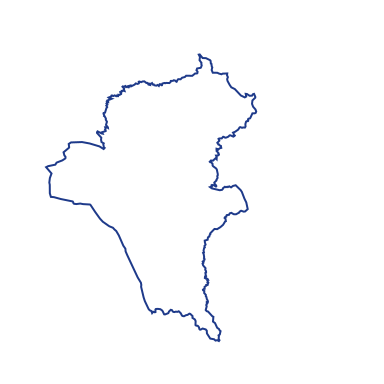 Siakago, Eastern, Kenya (Equal Earth projection), rotated 136°
{"feature_id": "3690345B46140582355746", "entity_name": "Siakago", "entity_type": "district", "adm_level": 2, "iso_a3": "KEN", "parent_name": "Kenya", "parent_adm1": "Eastern", "projection": "equal_earth", "projection_center": [37.759, -0.504], "detail": "fine", "context": "isolated", "style": "outline", "palette": "blue", "viewbox_px": 384, "rotation_deg": 136, "n_neighbors": 0, "source": "geoboundaries", "source_scale": "gbopen_adm2", "svg_char_len": 6077}
<svg xmlns="http://www.w3.org/2000/svg" viewBox="0 0 384 384"><g transform="rotate(136 192 192)"><path d="M279.7,311.2L280.2,302.9L284.5,300.8L288.1,297.9L289.3,296.0L295.2,289.8L296.9,286.5L294.9,284.2L291.2,278.0L284.4,268.1L284.5,267.4L285.1,266.2L285.0,265.4L283.5,263.6L280.4,261.3L278.8,259.0L274.1,253.9L274.0,253.1L275.5,245.0L276.7,236.8L276.8,232.5L275.3,224.8L273.7,221.2L273.8,218.9L273.6,216.6L274.8,211.6L278.7,201.1L279.3,197.5L281.0,195.4L282.4,191.7L290.4,168.3L291.8,162.2L293.0,160.4L294.5,159.1L300.0,149.8L301.7,146.3L304.5,138.0L304.6,136.3L303.9,134.6L304.8,132.6L303.1,132.8L302.3,131.3L301.7,131.0L299.9,132.9L299.2,132.9L297.7,131.6L296.2,129.7L295.8,127.9L295.9,126.6L297.0,123.4L296.5,122.7L293.2,121.3L291.6,122.0L289.1,122.0L288.5,121.0L288.8,119.6L288.7,118.7L288.0,117.8L286.8,117.2L285.7,115.9L284.4,115.4L284.3,112.7L285.0,110.3L285.0,109.5L284.1,108.2L282.0,107.6L280.6,106.7L278.4,106.3L277.9,105.5L277.8,102.4L279.1,101.1L278.5,98.5L278.7,97.6L279.1,96.6L281.9,93.9L281.8,92.9L280.9,91.9L280.8,91.1L281.0,89.8L281.9,88.3L281.9,87.5L281.4,87.0L279.2,86.4L277.6,83.6L277.7,82.0L279.5,79.9L280.7,73.9L278.4,70.7L278.3,68.8L276.8,67.9L276.2,66.1L275.2,66.3L274.7,68.0L272.8,69.6L272.5,70.4L271.0,70.2L268.1,72.1L268.3,73.1L267.8,74.6L268.2,76.9L266.5,81.7L266.9,84.2L263.3,87.4L263.7,88.5L263.5,94.8L264.2,96.1L264.1,97.6L260.9,99.5L260.3,100.8L259.6,100.8L258.0,102.4L257.7,101.5L256.8,101.9L256.1,103.1L255.7,104.7L254.5,106.6L254.5,107.4L253.5,108.4L253.4,110.9L251.9,112.2L252.3,113.6L252.0,114.1L250.7,114.0L250.1,113.6L248.9,115.0L246.7,114.7L246.3,115.2L245.3,114.3L244.2,115.0L243.9,115.9L243.2,115.6L242.5,117.8L241.9,118.4L241.4,117.8L241.2,118.4L241.6,119.9L242.2,120.1L242.5,121.2L241.5,122.0L241.0,121.4L240.4,121.6L240.5,122.3L239.9,122.5L239.0,124.0L238.4,124.6L237.8,124.3L236.9,125.3L236.5,126.9L235.2,127.8L235.0,131.4L234.1,133.2L233.0,133.1L232.6,134.4L231.7,134.0L231.2,134.7L230.0,134.6L229.5,135.1L229.4,136.1L228.5,136.7L226.8,139.1L226.3,140.5L225.4,140.2L224.4,141.8L222.2,143.3L221.3,143.2L220.6,144.5L218.8,144.7L217.8,146.7L216.6,148.2L213.9,146.8L212.3,148.1L211.7,148.3L210.5,147.9L209.5,148.7L208.1,148.9L207.7,149.6L201.5,149.8L199.7,147.8L196.0,147.0L192.4,146.8L188.7,147.8L187.9,147.5L186.5,149.5L186.6,150.7L185.9,151.0L184.5,150.4L183.5,151.2L182.9,151.2L181.3,149.9L179.7,150.4L178.2,149.7L177.4,147.0L175.8,145.4L172.3,144.4L171.5,144.8L169.7,144.4L168.4,141.9L167.3,141.1L163.8,141.0L160.2,146.8L158.9,150.8L156.1,157.4L155.7,159.6L155.9,166.5L158.3,167.9L160.7,168.2L161.3,170.2L162.8,170.6L163.0,171.3L164.3,171.9L164.7,172.9L167.0,173.2L167.6,172.8L168.9,172.7L170.8,174.0L175.2,180.8L175.6,183.0L173.9,182.2L173.3,183.3L172.7,183.2L171.5,181.4L171.0,179.3L170.5,179.3L170.1,179.9L170.0,182.3L169.4,183.3L166.4,183.3L166.0,183.8L163.8,184.4L162.8,185.9L161.9,186.1L161.0,187.0L158.5,191.0L158.3,192.3L158.9,195.8L158.8,196.7L157.6,198.1L157.6,200.3L158.2,200.8L158.2,201.4L156.5,201.5L155.2,200.0L151.5,199.9L151.5,198.5L150.1,199.8L149.4,201.5L148.1,200.3L146.8,200.1L146.4,200.4L146.4,201.4L145.9,201.7L145.8,204.4L144.6,204.3L144.4,205.1L144.7,205.7L144.3,206.1L143.2,204.3L141.7,204.2L140.3,203.4L139.2,205.1L139.7,206.1L139.6,207.5L140.0,207.8L139.6,209.8L136.7,209.9L136.0,211.8L135.2,211.6L133.4,209.9L131.3,210.1L130.9,209.7L130.4,208.0L129.4,207.3L127.5,206.6L125.6,206.6L125.0,206.1L123.8,203.1L122.5,202.8L122.0,202.9L122.2,204.2L121.4,205.2L121.2,206.2L119.2,205.4L115.5,204.8L112.8,205.4L112.1,205.0L111.4,203.4L110.5,203.0L109.2,201.6L108.0,201.9L106.4,203.8L104.3,205.0L103.6,205.0L102.5,204.1L102.0,204.2L101.2,205.4L100.5,205.5L99.2,204.7L98.5,204.8L93.9,206.6L92.2,205.0L91.2,204.7L89.9,205.3L89.0,207.3L88.8,210.9L87.6,213.7L84.9,215.9L81.0,215.9L80.4,216.4L79.2,219.5L80.2,220.0L81.9,219.6L83.7,221.2L84.4,224.3L85.2,225.3L86.7,223.0L88.3,223.4L89.8,227.4L89.7,236.3L91.0,240.0L90.5,242.9L89.3,247.2L88.3,248.8L86.4,249.7L85.7,251.7L84.3,252.8L87.8,255.9L89.0,256.2L90.4,258.6L90.9,260.1L94.2,263.4L93.1,266.1L90.8,267.6L90.7,268.4L89.0,270.7L89.2,271.3L87.5,273.5L87.4,274.2L89.0,278.6L91.3,281.0L90.9,285.6L91.7,286.1L92.5,283.6L95.0,281.6L95.5,278.3L96.4,277.6L97.0,276.4L98.5,275.6L99.5,275.3L102.5,277.3L104.2,276.5L104.4,274.7L105.5,273.8L106.0,273.8L107.5,275.1L111.1,275.4L115.4,279.7L117.3,279.7L119.8,281.1L121.9,281.0L123.4,282.6L124.0,282.8L126.5,282.0L126.8,282.9L126.7,283.8L127.4,285.0L128.5,285.2L130.1,286.6L131.1,286.0L132.6,286.1L134.9,288.5L135.8,288.9L136.1,289.6L137.6,290.4L138.1,290.6L139.4,289.7L139.8,290.0L139.9,291.5L140.4,292.0L142.2,291.3L142.4,292.9L143.8,293.3L145.0,295.0L144.8,295.9L145.5,296.4L145.1,298.1L146.2,298.2L147.1,299.2L147.8,298.1L148.5,299.2L148.7,299.7L148.2,300.9L148.5,301.8L149.1,302.1L149.4,304.6L150.7,305.8L152.2,306.3L153.2,308.1L153.7,308.3L154.4,307.2L154.9,307.1L156.0,307.5L157.1,309.2L158.7,309.1L162.4,310.3L162.0,311.2L164.0,312.3L164.1,311.5L164.8,311.2L165.2,311.6L165.2,312.8L166.4,313.1L166.7,313.7L166.3,314.5L168.2,315.3L168.4,316.0L168.9,316.0L169.0,313.5L169.7,313.1L170.4,311.5L171.3,313.0L171.9,313.0L172.4,313.6L173.8,312.6L173.7,313.4L174.2,313.7L175.0,311.8L175.8,311.9L177.1,312.4L177.5,313.1L178.6,312.3L179.0,312.7L179.1,313.6L180.0,313.6L180.5,315.2L181.8,315.6L182.5,317.1L183.0,317.3L183.6,316.7L186.4,317.9L186.3,316.9L185.1,314.9L189.3,316.6L189.4,315.4L189.9,314.8L190.8,315.8L191.5,314.7L192.0,314.9L192.2,313.6L193.6,313.7L194.0,312.0L195.3,311.8L199.4,309.5L200.7,310.2L201.3,309.8L201.8,308.2L202.5,307.8L202.3,307.0L202.9,304.7L203.8,303.9L204.4,301.6L207.3,300.0L207.6,296.9L207.9,296.5L208.2,297.8L209.5,298.9L210.1,297.6L211.2,297.3L211.3,296.3L211.8,295.8L215.2,297.5L215.7,296.0L216.4,297.0L217.8,301.2L218.8,301.0L219.3,300.5L219.5,294.1L221.1,292.8L222.4,290.8L221.7,288.3L222.6,288.0L224.5,285.1L224.3,284.4L225.7,284.3L226.9,289.1L231.9,298.0L236.4,304.3L244.6,311.7L247.3,312.2L249.3,309.5L249.9,309.3L256.8,309.8L258.4,306.9L258.5,305.3L259.4,304.3L260.2,304.2L263.3,304.8L269.0,307.2L271.3,306.6L277.5,310.5L279.7,311.2Z" fill="none" stroke="#1e3a8a" stroke-width="2"/></g></svg>